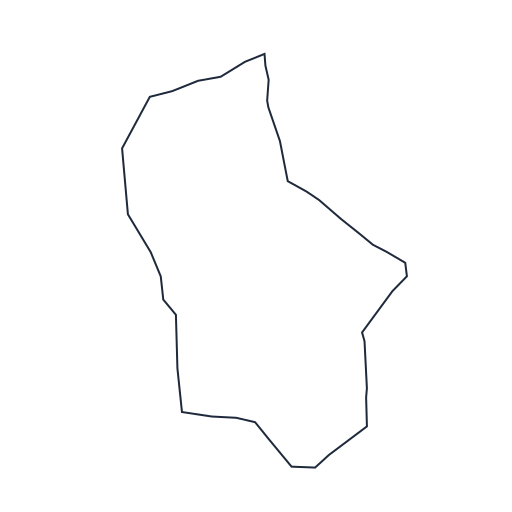 the district of Tu'vshinshiree, Sühbaatar, Mongolia, rotated 191°
{"feature_id": "93677404B92890816009325", "entity_name": "Tu'vshinshiree", "entity_type": "district", "adm_level": 2, "iso_a3": "MNG", "parent_name": "Mongolia", "parent_adm1": "Sühbaatar", "projection": "natural_earth1", "projection_center": [111.655, 46.29], "detail": "fine", "context": "isolated", "style": "outline", "palette": "slate", "viewbox_px": 512, "rotation_deg": 191, "n_neighbors": 0, "source": "geoboundaries", "source_scale": "gbopen_adm2", "svg_char_len": 674}
<svg xmlns="http://www.w3.org/2000/svg" viewBox="0 0 512 512"><g transform="rotate(191 256 256)"><path d="M408.0,336.1L389.7,272.5L360.1,239.7L345.6,217.8L338.7,195.5L323.4,183.0L311.7,130.7L298.9,88.7L268.7,90.0L244.6,93.4L225.2,92.7L208.3,78.5L180.9,56.0L157.6,59.6L146.4,74.7L114.6,109.9L120.9,138.1L121.9,147.3L133.2,193.0L137.3,201.2L115.4,247.5L104.0,264.9L108.2,277.8L128.6,285.0L143.3,289.3L159.2,297.9L179.7,308.6L204.8,323.0L218.7,328.9L239.1,335.5L247.7,356.7L254.4,373.3L272.2,404.2L274.7,410.6L277.2,431.4L283.1,444.7L286.2,456.0L303.9,444.5L324.9,425.2L346.4,416.9L369.8,401.8L390.6,392.0L408.0,336.1Z" fill="none" stroke="#1e293b" stroke-width="2"/></g></svg>